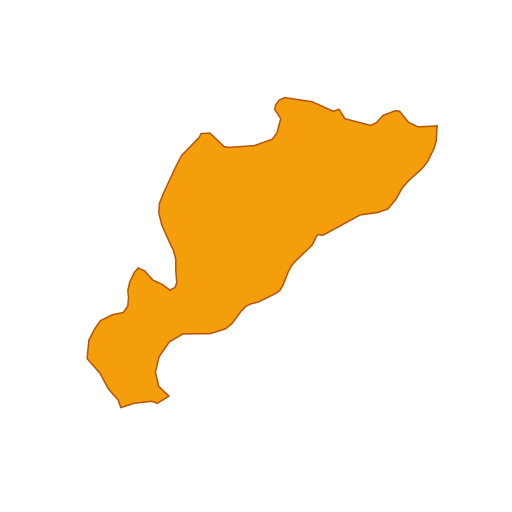 map outline of South Ayrshire (Albers equal-area conic projection), rotated 205°
{"feature_id": "GBR-2009", "entity_name": "South Ayrshire", "entity_type": "Unitary District", "adm_level": 1, "iso_a3": "GBR", "parent_name": "United Kingdom", "parent_adm1": "", "projection": "albers", "projection_center": [-4.694, 55.293], "detail": "fine", "context": "isolated", "style": "filled", "palette": "amber", "viewbox_px": 512, "rotation_deg": 205, "n_neighbors": 0, "source": "natural_earth", "source_scale": "10m", "svg_char_len": 1372}
<svg xmlns="http://www.w3.org/2000/svg" viewBox="0 0 512 512"><g transform="rotate(205 256 256)"><path d="M146.7,450.5L146.5,449.5L141.3,436.6L140.1,429.0L140.4,414.5L141.2,410.1L142.8,404.6L149.5,388.7L152.1,379.9L153.2,366.6L156.3,354.5L163.7,347.1L179.0,337.2L203.2,304.3L205.0,302.7L208.8,301.7L209.5,299.7L209.5,292.7L209.8,289.4L218.3,267.5L219.8,261.7L220.1,255.2L219.2,241.1L219.8,234.9L221.9,231.0L234.2,215.6L241.0,209.9L243.9,206.1L246.1,199.8L249.2,184.6L252.8,177.2L264.7,166.3L289.3,154.5L298.2,141.6L301.3,123.8L298.0,108.1L289.1,96.8L275.7,92.2L283.4,80.5L286.6,80.6L289.5,80.0L303.9,71.2L314.4,61.5L320.2,67.3L333.5,73.1L348.0,83.9L365.7,91.6L371.9,109.2L371.4,121.9L369.7,131.7L360.9,142.5L352.6,148.5L351.0,156.3L353.8,164.1L357.7,170.9L359.4,178.8L359.4,189.5L357.7,195.4L350.5,195.4L339.4,190.6L328.8,190.6L319.4,188.6L316.0,193.6L316.6,198.4L322.7,209.2L327.2,219.0L332.8,225.8L343.4,234.6L354.6,244.4L362.4,254.1L365.8,262.9L366.4,273.7L366.4,289.4L366.5,301.1L365.9,315.8L362.1,326.6L357.6,339.3L357.5,343.8L349.6,347.9L331.0,341.6L326.4,343.0L304.1,355.4L290.5,368.8L289.0,376.6L291.6,390.9L300.9,396.6L302.0,401.4L300.8,407.1L296.9,411.7L270.4,419.5L247.1,419.8L242.8,424.1L233.4,418.0L207.3,422.8L203.2,427.7L200.3,437.1L191.0,446.7L187.1,447.9L174.3,441.7L163.7,441.5L146.7,450.5Z" fill="#f59e0b" stroke="#b45309" stroke-width="1.5"/></g></svg>